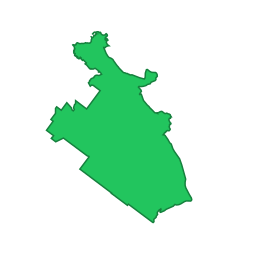 the district of Darwin, Northern Territory, Australia, rotated 127°
{"feature_id": "25037944B80188408210929", "entity_name": "Darwin", "entity_type": "district", "adm_level": 2, "iso_a3": "AUS", "parent_name": "Australia", "parent_adm1": "Northern Territory", "projection": "equal_earth", "projection_center": [130.84, -12.399], "detail": "fine", "context": "isolated", "style": "filled", "palette": "green", "viewbox_px": 256, "rotation_deg": 127, "n_neighbors": 0, "source": "geoboundaries", "source_scale": "gbopen_adm2", "svg_char_len": 5429}
<svg xmlns="http://www.w3.org/2000/svg" viewBox="0 0 256 256"><g transform="rotate(127 128 128)"><path d="M188.5,51.4L188.2,50.9L187.2,50.9L185.4,52.4L182.4,51.8L181.7,52.3L179.1,52.4L178.4,53.5L177.7,53.8L174.9,53.8L172.9,53.1L173.3,52.6L175.7,52.1L175.9,51.5L175.6,51.1L172.1,49.1L170.0,48.6L163.2,44.8L160.8,44.5L160.5,43.3L159.5,42.1L158.4,41.1L156.6,40.1L152.8,38.6L151.1,37.5L148.7,34.1L148.2,33.8L147.3,33.8L146.7,34.1L145.7,35.4L144.3,38.9L141.0,45.8L139.4,47.9L136.9,49.8L134.1,51.2L125.2,62.8L121.6,68.2L118.8,76.9L117.5,79.8L114.8,83.8L114.7,85.8L113.1,89.4L111.7,93.7L111.6,94.7L112.2,95.8L111.6,95.7L110.6,95.9L109.6,95.9L109.2,95.4L108.9,95.3L108.5,95.6L108.0,95.6L107.7,95.5L107.4,95.3L107.1,95.2L106.7,95.3L106.4,95.1L106.1,94.7L105.7,93.8L105.4,93.5L105.2,93.4L103.9,93.4L103.7,93.6L103.5,93.8L103.4,93.8L103.3,94.1L103.0,94.8L102.3,95.8L102.1,96.0L101.9,96.0L101.6,96.0L101.4,96.2L100.9,96.3L100.4,96.8L100.0,96.6L99.7,96.7L99.4,96.3L99.0,96.2L98.7,96.3L98.7,96.6L98.3,97.0L98.5,97.4L98.4,97.6L98.0,98.2L97.6,99.2L97.1,100.1L96.7,100.3L96.6,100.5L96.4,100.6L96.1,100.5L95.4,100.7L95.1,100.6L94.8,100.0L94.6,100.0L94.3,100.0L93.4,100.5L93.1,100.2L93.0,100.6L92.8,100.7L92.6,101.6L92.0,102.3L92.0,102.8L92.1,103.6L92.5,104.3L92.7,105.6L92.9,106.0L93.1,106.3L93.5,106.5L94.0,106.9L94.3,107.4L94.3,107.8L94.3,109.7L94.4,109.9L94.3,110.6L94.4,111.0L94.5,111.2L95.4,112.0L96.0,112.3L96.4,112.4L96.8,112.7L97.0,112.7L97.6,112.9L97.9,113.3L98.1,113.7L98.4,114.1L98.7,114.2L98.8,113.9L98.9,114.3L99.5,115.4L99.7,115.9L99.3,118.2L99.1,119.3L99.0,120.5L98.7,122.1L98.8,122.7L98.2,124.2L98.2,125.1L98.1,125.7L98.1,126.3L96.7,132.2L93.0,137.7L94.2,138.7L94.0,139.2L90.6,139.4L89.8,140.7L89.4,142.9L89.1,144.3L88.6,144.4L88.1,144.2L87.5,143.0L85.7,141.0L83.3,139.2L81.5,138.6L80.4,137.8L79.4,136.9L77.5,137.1L73.9,134.9L72.6,134.8L71.3,135.9L69.1,135.7L67.7,137.0L67.1,138.3L67.1,139.4L69.3,142.6L69.7,144.6L69.6,147.7L70.3,148.4L73.7,147.2L77.3,144.7L79.0,144.4L80.9,149.0L83.1,156.8L84.3,158.1L84.3,159.0L84.5,159.2L84.7,159.3L84.7,159.6L84.7,160.1L84.8,160.7L84.9,161.4L85.1,161.8L85.4,162.0L85.6,162.3L85.7,163.4L86.0,164.1L86.3,164.5L86.4,164.9L86.3,166.7L86.3,167.0L86.1,167.1L86.1,167.3L86.1,167.5L85.9,168.6L85.9,168.8L85.5,171.2L85.0,172.8L84.9,173.7L84.4,175.5L83.8,177.4L83.5,178.1L83.5,178.5L83.1,179.6L82.5,181.0L82.4,181.5L82.4,182.6L82.5,183.7L83.1,185.5L82.9,187.0L82.1,189.0L81.6,190.3L79.5,193.8L78.7,195.4L78.6,195.5L78.3,195.8L78.0,195.2L77.5,194.6L76.8,194.7L76.3,194.5L76.0,194.3L75.2,193.9L74.8,193.8L73.8,192.7L73.8,192.8L74.0,193.1L73.8,193.5L73.7,194.9L73.4,195.4L73.4,195.8L73.1,196.1L72.6,197.0L72.3,197.0L71.8,197.2L71.5,197.2L71.0,197.3L70.3,197.3L70.1,197.3L70.0,196.9L69.9,196.9L69.9,197.4L69.7,197.7L69.5,197.9L69.4,198.4L69.3,198.8L69.6,198.8L69.7,198.2L70.0,197.7L71.1,197.6L71.2,197.9L71.2,198.6L71.3,199.0L71.2,199.1L71.2,199.4L71.1,199.5L70.9,199.7L69.4,200.5L68.8,200.5L67.8,200.3L67.3,200.0L66.9,200.0L66.6,200.1L66.1,200.6L66.1,200.8L65.8,201.6L65.8,202.2L66.0,202.3L66.8,202.4L67.5,202.3L68.6,203.5L69.0,204.2L69.1,204.8L69.0,205.7L68.9,206.4L68.8,206.7L68.3,207.1L68.2,207.6L68.3,207.9L68.7,208.3L69.3,208.4L69.0,209.0L69.0,209.5L69.2,209.9L69.4,210.2L70.5,211.2L71.2,211.6L71.4,212.2L71.8,212.6L72.6,212.8L74.1,212.9L74.1,212.6L73.2,212.7L72.4,212.6L72.0,212.4L71.7,212.3L71.5,211.9L71.4,211.7L71.5,210.3L71.6,210.5L71.7,210.3L72.2,210.2L72.4,209.9L72.7,209.9L72.8,209.9L73.0,210.2L73.6,210.2L73.8,210.0L74.0,210.0L74.6,210.8L74.7,210.6L75.7,210.6L76.4,210.4L76.8,210.5L77.1,210.6L77.4,210.9L77.3,211.2L77.4,211.3L77.2,212.0L77.3,212.1L77.5,211.4L77.6,211.1L77.9,211.1L79.3,210.3L79.8,210.4L80.9,209.4L81.8,209.4L82.2,209.5L82.6,209.4L82.8,209.6L83.4,209.7L83.5,209.8L84.6,211.8L84.9,211.9L85.0,212.1L85.2,212.4L85.3,213.0L85.5,213.3L86.2,213.5L86.6,213.9L87.1,214.2L87.3,214.5L87.6,214.7L87.8,215.2L88.5,216.1L89.5,217.0L90.0,218.1L90.3,219.5L90.5,219.9L90.7,220.0L91.3,220.1L91.6,220.0L92.4,220.1L92.7,219.7L93.1,219.8L93.5,220.1L93.7,220.4L94.5,222.0L94.9,222.1L95.1,221.4L95.2,220.5L95.1,220.3L95.5,219.9L96.7,218.2L96.9,218.4L97.2,218.2L97.3,218.3L98.6,217.4L98.8,217.9L99.0,217.8L99.6,217.4L99.9,216.9L100.2,216.9L100.9,216.0L100.4,215.1L101.8,214.6L101.8,214.1L102.2,214.0L102.1,212.6L101.6,212.7L101.5,211.8L102.0,211.7L101.8,210.9L102.5,210.9L102.3,209.0L102.0,209.0L102.0,208.7L100.2,208.7L100.2,208.1L100.3,207.5L101.0,207.6L101.4,205.1L100.5,204.9L101.1,200.4L101.4,200.3L102.6,200.8L102.6,198.7L103.7,194.3L102.9,193.6L103.5,194.0L103.5,193.8L103.4,193.3L103.2,193.3L102.7,193.0L102.8,192.4L102.1,191.8L102.1,191.5L101.7,191.1L101.1,190.9L100.9,190.6L100.3,190.4L100.1,190.2L100.0,186.6L100.1,185.2L100.2,184.9L100.7,184.9L101.0,185.1L101.0,184.9L100.9,184.9L100.2,184.9L100.1,184.7L100.5,182.7L101.0,181.4L103.6,182.8L104.0,183.8L105.0,185.2L106.3,185.8L107.7,185.9L108.3,185.6L110.8,187.1L112.2,187.0L112.3,187.1L113.5,187.1L114.0,186.6L115.7,186.8L117.3,183.3L115.6,182.9L114.9,181.6L114.9,172.7L137.7,172.5L137.7,186.3L140.2,184.5L141.4,184.8L144.6,183.7L145.6,182.0L147.2,182.0L147.4,183.1L145.9,185.7L144.6,192.1L154.0,192.0L154.0,197.7L155.9,197.7L160.0,194.7L167.6,194.7L167.6,191.9L178.9,191.7L178.9,182.8L181.2,182.7L181.2,183.0L182.5,183.0L182.5,177.4L174.9,173.5L174.8,144.1L174.6,143.1L174.2,142.1L174.9,141.7L189.8,141.7L189.8,121.7L189.8,102.0L190.2,102.0L190.1,81.9L188.6,81.9L188.5,51.4Z" fill="#22c55e" stroke="#15803d" stroke-width="1.5"/></g></svg>